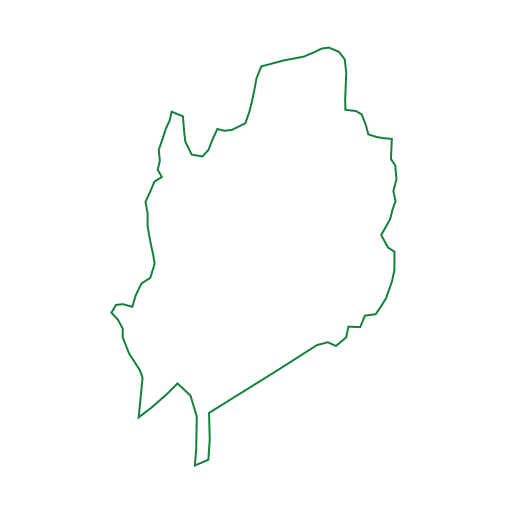 outline of Jesúpolis, Goiás, Brazil, rotated 185°
{"feature_id": "56859067B61262762044018", "entity_name": "Jesúpolis", "entity_type": "district", "adm_level": 2, "iso_a3": "BRA", "parent_name": "Brazil", "parent_adm1": "Goiás", "projection": "equal_earth", "projection_center": [-49.407, -15.96], "detail": "fine", "context": "isolated", "style": "outline", "palette": "green", "viewbox_px": 512, "rotation_deg": 185, "n_neighbors": 0, "source": "geoboundaries", "source_scale": "gbopen_adm2", "svg_char_len": 1322}
<svg xmlns="http://www.w3.org/2000/svg" viewBox="0 0 512 512"><g transform="rotate(185 256 256)"><path d="M130.9,384.5L139.4,384.5L146.0,385.0L154.7,387.0L158.2,396.5L163.0,406.2L169.0,409.1L179.7,409.4L180.8,419.5L182.1,446.8L184.8,459.7L191.1,466.6L201.6,470.0L208.6,468.4L216.1,463.9L225.7,458.8L245.2,453.3L267.2,445.4L271.0,433.0L272.0,422.4L273.4,410.3L275.1,399.4L278.2,387.3L290.9,379.6L298.4,378.0L305.6,379.1L309.7,367.6L312.5,357.7L318.0,350.5L328.9,351.4L336.4,363.8L338.4,373.5L341.0,388.8L352.6,392.4L353.9,383.2L357.0,374.8L359.1,365.2L362.1,353.2L360.1,342.6L361.4,333.4L356.7,326.4L363.6,321.4L367.0,310.8L370.8,300.2L367.7,289.1L366.6,276.1L362.2,260.0L358.4,247.8L356.3,239.3L359.4,225.1L367.7,218.7L372.4,206.3L374.8,194.6L384.1,196.4L391.2,195.1L395.1,186.9L387.9,180.4L382.4,171.9L381.7,163.3L373.9,147.7L361.8,132.2L358.4,124.9L358.8,85.0L347.4,95.4L332.7,110.7L323.1,122.2L309.1,111.2L301.0,90.9L298.8,59.1L298.6,42.0L285.7,48.9L286.1,69.2L289.1,95.6L223.0,145.3L187.6,172.5L177.0,176.3L168.5,173.4L159.1,182.7L157.8,193.7L146.0,194.2L142.3,206.1L131.7,208.4L127.3,216.3L122.8,225.1L118.4,242.2L116.9,254.0L118.4,272.2L125.4,276.1L133.1,287.8L125.6,304.3L124.1,313.7L121.8,322.9L124.8,332.4L122.8,344.9L125.2,358.2L130.0,364.3L130.9,384.5Z" fill="none" stroke="#15803d" stroke-width="2"/></g></svg>